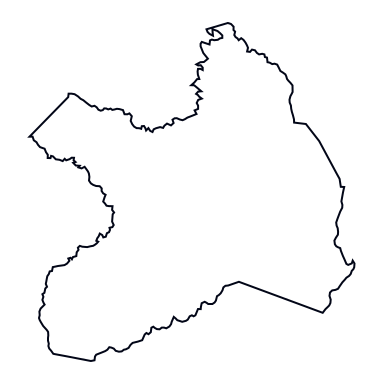 Arapoti, Paraná, Brazil
{"feature_id": "56859067B71427731295811", "entity_name": "Arapoti", "entity_type": "district", "adm_level": 2, "iso_a3": "BRA", "parent_name": "Brazil", "parent_adm1": "Paraná", "projection": "orthographic", "projection_center": [-50.012, -24.073], "detail": "fine", "context": "isolated", "style": "outline", "palette": "ink", "viewbox_px": 384, "rotation_deg": 0, "n_neighbors": 0, "source": "geoboundaries", "source_scale": "gbopen_adm2", "svg_char_len": 4736}
<svg xmlns="http://www.w3.org/2000/svg" viewBox="0 0 384 384"><path d="M231.0,24.0L227.8,23.0L206.5,29.3L207.6,32.0L209.5,33.9L213.0,35.7L212.7,33.1L212.4,29.2L217.5,31.0L220.1,33.2L222.3,35.4L222.3,37.9L219.9,38.4L217.8,39.8L214.2,40.2L211.9,39.6L210.0,40.4L209.5,44.5L204.4,42.8L201.8,41.9L200.6,43.7L200.6,46.3L203.3,53.0L204.8,54.9L207.9,58.7L203.9,62.0L200.4,62.2L196.3,64.4L198.2,65.5L200.7,65.2L202.7,67.6L202.7,70.0L200.6,68.9L198.0,68.9L197.6,71.5L197.9,74.8L199.3,79.0L197.1,79.1L194.4,82.4L191.3,85.2L194.2,85.3L197.0,87.6L201.3,91.3L198.2,91.6L196.1,93.9L197.9,95.0L199.1,96.6L201.8,98.6L198.2,99.9L196.7,103.0L198.1,105.6L198.1,108.9L194.6,110.4L196.5,114.0L193.3,115.3L190.8,116.3L187.4,117.6L184.9,119.2L182.6,120.2L179.8,119.5L176.8,118.2L174.6,118.3L172.5,119.7L173.6,123.0L171.0,125.4L167.0,123.6L164.4,125.7L163.1,127.9L160.1,127.1L156.1,128.2L153.7,129.3L152.5,132.0L150.2,130.9L148.4,128.1L146.1,130.5L145.4,128.3L144.0,126.0L141.8,126.2L141.2,128.8L139.2,128.2L136.6,128.1L134.1,126.6L132.2,124.1L130.7,120.9L131.8,116.2L129.4,113.4L127.3,114.3L124.5,114.2L123.0,110.1L119.5,109.1L116.9,108.8L114.4,109.5L112.3,109.9L110.6,108.6L108.2,109.4L106.2,108.5L104.2,108.4L102.8,110.1L100.7,110.7L98.4,109.7L96.7,107.3L94.5,105.8L91.7,106.5L89.3,105.0L86.2,102.6L83.3,100.2L80.6,98.8L78.0,96.4L74.6,94.2L71.7,93.7L68.6,93.7L68.2,97.1L29.5,136.7L32.6,136.7L33.8,140.3L36.5,142.2L38.0,144.8L40.0,147.1L42.5,148.0L44.6,148.7L46.0,152.2L47.8,154.8L47.7,158.0L50.5,158.1L51.1,155.9L53.0,156.4L55.8,159.3L59.5,159.8L62.7,161.1L64.7,158.8L66.2,160.3L69.5,159.2L71.7,157.7L74.0,157.8L73.6,160.3L75.5,162.0L73.2,162.8L75.8,165.5L79.7,165.8L78.4,167.4L81.6,168.4L84.6,166.8L86.3,169.1L88.0,171.5L88.9,173.5L89.4,176.9L89.0,180.6L90.9,183.4L93.2,184.9L96.1,186.0L99.7,186.2L101.7,188.4L101.6,190.9L103.1,193.3L105.6,194.8L104.6,197.2L103.2,201.6L105.0,203.5L106.5,205.7L108.8,206.1L112.5,206.2L112.1,209.9L114.1,212.5L112.7,214.3L112.1,221.6L113.7,225.0L112.4,227.1L109.5,227.8L110.0,229.9L109.0,232.2L106.9,233.2L105.8,236.7L103.3,237.4L102.3,235.1L99.8,233.6L98.7,236.3L97.3,238.2L96.3,240.8L98.2,241.7L96.7,243.4L95.0,244.7L93.2,245.8L90.4,246.3L87.2,247.1L84.8,246.9L82.3,246.7L79.8,245.9L77.9,247.7L78.5,249.8L76.7,252.3L76.3,256.1L72.9,257.1L71.9,259.3L70.5,257.8L68.3,258.5L69.4,260.8L67.0,263.6L64.5,265.1L61.7,265.5L58.0,266.0L55.7,266.5L52.8,267.1L52.0,271.0L49.7,271.4L48.8,274.1L47.3,276.2L46.8,278.7L46.3,281.5L45.8,283.9L47.0,286.8L45.3,288.5L44.4,292.8L42.4,294.2L43.4,296.8L42.4,299.9L43.5,302.7L44.6,304.6L42.6,306.6L40.6,308.6L39.4,311.6L39.7,315.2L39.0,318.0L39.7,320.0L40.9,322.2L43.2,326.0L46.8,330.0L48.1,331.9L48.3,335.4L48.0,337.9L48.0,340.7L48.8,343.7L48.4,346.0L49.2,348.5L51.1,350.7L53.3,353.8L55.2,354.2L66.0,356.2L90.9,361.0L94.5,360.3L95.0,356.5L96.2,354.7L103.0,352.0L105.2,351.1L107.4,349.7L109.3,347.2L111.4,347.6L113.8,348.6L115.7,350.8L118.9,351.7L121.7,351.4L123.9,349.7L125.9,349.3L128.6,347.9L130.4,345.0L132.6,342.9L135.0,342.3L137.9,341.6L142.2,340.2L144.7,334.5L146.4,333.0L148.5,334.2L150.8,332.2L151.4,327.7L153.3,326.7L154.9,328.0L156.9,329.1L159.6,329.3L161.8,327.6L164.0,327.6L166.3,328.3L169.4,326.5L171.1,324.1L171.7,321.8L173.8,316.9L175.8,318.6L177.3,320.2L179.8,321.0L182.2,321.8L186.0,320.8L187.8,319.6L189.7,316.3L191.9,315.3L193.6,316.3L195.4,315.3L196.6,312.4L198.0,309.0L200.7,309.1L200.9,306.9L201.7,303.2L204.7,301.8L206.6,302.8L208.2,304.0L212.4,304.0L214.6,302.5L215.9,300.6L217.0,296.2L218.8,295.1L220.7,293.3L222.5,290.3L223.4,287.4L225.4,285.8L228.2,285.5L238.9,281.8L322.7,312.8L325.5,309.1L327.5,307.2L329.2,305.5L330.4,303.0L330.7,299.6L329.5,295.9L330.0,292.5L332.2,290.4L335.4,289.9L338.0,288.8L339.7,286.2L342.4,282.3L344.8,279.7L346.4,277.7L349.1,275.9L350.7,274.0L351.8,270.8L353.3,269.3L354.2,267.3L354.5,263.5L352.7,260.6L351.8,263.4L348.2,264.9L346.4,263.9L344.7,259.9L342.9,255.9L340.9,250.8L340.2,248.1L338.1,247.3L336.3,246.3L334.9,244.3L334.4,240.6L335.9,237.7L337.9,234.7L338.1,231.9L337.7,228.2L336.6,225.6L336.2,222.5L337.7,218.2L340.2,211.6L342.2,207.8L342.4,204.9L341.4,201.4L343.0,192.4L344.2,187.0L340.8,186.8L339.6,178.9L336.5,173.3L319.2,141.1L305.9,124.0L294.1,122.6L294.0,119.4L292.9,115.1L291.9,111.9L291.2,108.7L290.9,105.5L289.7,102.6L289.5,99.7L290.4,96.2L291.5,94.2L292.6,92.0L292.5,85.4L290.5,82.9L288.2,80.5L287.0,78.9L286.3,76.4L285.4,74.4L282.8,72.5L280.4,71.0L278.9,67.9L277.2,64.6L274.6,63.7L272.2,64.1L269.6,62.6L267.5,62.2L267.0,57.6L264.9,57.0L264.4,54.4L262.2,53.8L259.1,54.4L256.9,52.9L255.0,50.3L252.0,49.6L250.0,51.9L247.1,51.5L248.0,47.8L247.0,45.4L245.5,42.6L243.5,39.9L241.2,38.2L238.7,40.2L237.5,38.4L235.6,37.1L234.3,35.0L235.1,31.6L233.5,30.0L233.6,26.7L231.0,24.0Z" fill="none" stroke="#020617" stroke-width="2"/></svg>